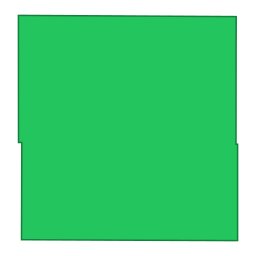 the district of Spink, South Dakota, United States of America
{"feature_id": "52423323B36678766144900", "entity_name": "Spink", "entity_type": "district", "adm_level": 2, "iso_a3": "USA", "parent_name": "United States of America", "parent_adm1": "South Dakota", "projection": "robinson", "projection_center": [-98.314, 44.938], "detail": "fine", "context": "isolated", "style": "filled", "palette": "green", "viewbox_px": 256, "rotation_deg": 0, "n_neighbors": 0, "source": "geoboundaries", "source_scale": "gbopen_adm2", "svg_char_len": 268}
<svg xmlns="http://www.w3.org/2000/svg" viewBox="0 0 256 256"><path d="M237.6,240.6L237.6,144.2L236.0,144.2L236.1,48.4L236.2,16.6L18.4,15.4L18.5,142.5L21.8,142.5L21.7,175.4L21.5,239.7L129.5,240.2L237.6,240.6Z" fill="#22c55e" stroke="#15803d" stroke-width="1.5"/></svg>